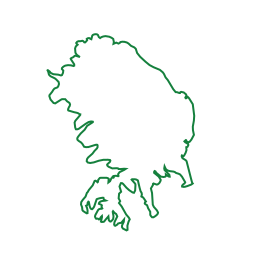 map outline of Iceland (orthographic projection), rotated 256°
{"feature_id": "ISL", "entity_name": "Iceland", "entity_type": "country or territory", "adm_level": 0, "iso_a3": "ISL", "parent_name": "Europe", "parent_adm1": "", "projection": "orthographic", "projection_center": [-19.868, 64.966], "detail": "fine", "context": "isolated", "style": "outline", "palette": "green", "viewbox_px": 256, "rotation_deg": 256, "n_neighbors": 0, "source": "natural_earth", "source_scale": "50m", "svg_char_len": 5126}
<svg xmlns="http://www.w3.org/2000/svg" viewBox="0 0 256 256"><g transform="rotate(256 128 128)"><path d="M187.4,71.7L189.5,71.8L192.6,70.0L193.9,69.0L197.0,65.3L198.9,64.2L202.0,64.2L203.4,63.9L203.5,64.2L201.7,65.7L200.2,66.3L198.3,68.5L196.6,73.3L195.2,75.7L195.3,76.7L197.3,78.3L199.4,79.1L201.2,78.1L202.1,78.4L202.9,79.6L203.4,80.9L203.7,82.2L203.5,85.0L202.6,87.8L201.3,90.2L201.5,90.9L202.8,91.2L208.6,89.2L209.2,89.2L209.6,90.0L209.8,91.3L210.2,92.5L210.9,93.6L210.8,94.7L208.5,98.5L211.4,96.0L213.7,95.2L218.0,95.9L219.8,97.1L221.0,99.3L222.4,98.4L223.0,98.3L224.0,99.6L224.2,100.9L223.7,103.0L223.7,104.8L223.0,105.7L221.7,106.3L221.4,107.0L222.1,108.3L223.1,109.6L224.4,109.5L224.7,110.2L224.8,110.9L224.7,111.8L224.4,112.5L223.7,112.9L223.0,113.9L226.3,115.7L226.8,116.5L227.0,117.7L226.9,119.0L226.5,120.4L225.6,121.3L223.3,121.7L222.0,122.7L222.6,124.2L222.8,126.1L222.6,128.4L221.1,131.9L219.5,133.9L218.0,135.2L214.9,135.1L213.2,134.3L213.7,137.2L212.2,139.2L212.6,140.7L213.2,141.4L213.1,143.3L212.5,145.3L211.3,147.5L209.9,148.9L207.0,150.8L204.7,153.6L203.0,154.7L198.6,155.0L194.2,157.0L188.1,161.0L183.9,164.1L180.8,167.5L176.7,173.0L173.5,175.3L171.6,176.0L168.0,176.7L164.9,178.2L154.7,181.3L151.3,182.9L150.9,184.2L149.5,186.3L149.4,187.0L150.1,187.5L150.2,188.3L149.0,190.7L146.5,192.5L145.2,192.5L143.7,191.0L143.1,191.1L142.8,191.3L142.8,191.8L143.7,193.5L142.2,194.4L135.4,196.6L123.8,195.2L119.2,193.7L113.6,191.2L110.2,190.5L105.4,190.3L101.5,186.8L99.8,184.6L99.6,183.7L99.8,182.7L100.3,182.0L100.9,181.6L102.1,181.5L102.3,181.2L101.4,179.5L100.4,180.0L97.9,182.5L96.8,182.4L95.3,181.1L95.3,179.9L92.4,179.4L90.0,177.9L87.6,175.7L87.2,174.9L88.4,173.7L88.2,173.5L87.3,173.2L85.5,173.6L82.8,176.2L81.6,176.8L63.9,176.9L59.4,177.0L58.5,177.4L57.8,175.6L57.3,171.6L57.2,169.0L57.4,167.7L58.1,166.3L59.0,166.6L59.9,167.8L60.6,169.5L61.5,170.4L67.7,168.6L70.3,167.3L71.4,166.0L72.7,163.8L74.0,162.7L74.7,161.6L76.0,158.2L76.9,156.6L78.0,155.4L79.2,154.7L81.9,154.2L80.1,153.4L78.4,153.3L72.6,156.8L70.7,156.7L70.8,156.2L71.6,155.2L73.7,153.5L72.3,153.3L71.8,152.5L71.8,150.8L72.9,148.1L77.7,144.6L79.3,144.1L79.8,143.4L79.2,142.8L78.2,142.5L73.5,146.0L70.0,147.2L69.0,146.9L67.3,145.4L66.8,144.7L66.1,143.1L66.2,142.1L68.0,139.3L67.7,138.7L66.6,138.4L63.8,135.6L59.1,135.6L47.6,133.5L45.2,134.0L41.1,136.1L38.7,136.7L37.6,136.1L36.7,134.9L35.9,133.2L35.2,131.1L35.6,129.7L37.2,128.9L38.3,128.6L41.4,129.3L45.3,128.1L47.8,127.9L48.5,127.8L50.0,126.3L50.7,126.0L51.8,126.5L52.3,127.6L56.2,126.2L57.6,125.4L57.7,125.0L58.3,124.4L60.2,125.4L61.8,125.5L63.7,124.9L67.1,124.8L74.7,124.9L75.9,123.7L76.5,122.5L77.3,119.6L77.0,119.0L72.2,121.5L71.1,121.5L65.6,119.8L63.7,118.1L64.4,116.8L67.4,114.1L70.5,112.0L75.0,109.7L76.0,108.8L76.2,107.7L73.3,105.6L67.8,105.9L66.5,103.5L62.0,101.9L58.9,102.7L57.4,101.1L53.3,102.9L44.5,105.3L40.9,107.1L39.0,107.6L37.0,105.9L33.4,103.8L29.3,102.9L29.0,101.8L31.7,98.7L33.4,98.2L35.0,98.7L38.0,101.2L40.2,102.0L37.6,98.5L37.8,97.2L37.7,95.2L36.9,94.3L36.2,92.1L36.6,91.4L37.7,91.2L39.9,92.1L44.8,96.2L47.4,95.7L48.9,94.4L50.9,93.4L50.4,92.9L45.9,92.6L43.5,91.7L42.4,90.5L41.4,88.6L41.9,87.7L43.2,87.1L47.0,87.6L44.6,84.2L43.0,82.2L42.9,81.3L43.1,80.2L43.3,79.5L43.7,79.1L48.0,81.3L48.9,81.4L48.1,80.1L46.3,78.3L46.3,77.6L47.1,77.1L47.6,76.1L47.6,75.2L49.0,74.6L50.3,74.6L51.6,75.4L55.6,79.1L56.2,80.1L56.3,81.4L56.0,83.0L56.2,83.6L57.8,83.2L59.1,83.9L59.8,83.7L61.5,81.4L62.6,82.0L63.2,83.2L63.4,84.2L63.4,85.6L63.0,88.5L63.0,88.9L64.3,87.3L66.2,87.3L66.5,86.5L66.7,83.4L66.6,80.8L66.4,80.3L60.3,76.4L59.2,75.5L57.9,73.7L58.2,72.8L59.5,72.1L61.4,71.9L65.7,72.1L66.1,71.7L65.3,70.8L63.4,70.1L62.9,69.5L62.7,68.5L60.3,68.9L57.7,68.8L55.2,68.1L55.2,67.3L56.3,66.2L58.4,64.3L59.4,63.9L62.3,64.3L65.1,63.9L67.4,64.7L69.2,66.7L71.7,70.2L75.1,72.5L75.4,73.2L77.3,75.0L80.9,79.9L84.7,82.8L84.8,83.5L84.2,84.3L82.7,85.3L83.0,85.8L84.9,86.6L86.3,88.5L86.3,89.3L84.9,95.1L84.2,96.3L83.4,97.0L79.9,95.8L80.7,97.7L83.2,99.7L83.7,100.8L83.3,101.9L83.6,102.2L84.6,101.6L84.9,102.2L84.7,104.0L84.3,105.5L83.6,106.7L83.8,107.2L84.8,107.1L85.8,107.4L87.2,109.1L88.3,114.2L88.9,115.9L89.4,114.4L90.0,110.7L90.5,108.9L91.0,108.8L91.4,108.2L91.8,107.0L92.6,103.0L95.0,99.9L96.2,99.0L97.3,98.8L97.8,99.2L99.6,102.4L100.7,103.0L101.3,102.8L102.1,100.6L103.1,96.4L103.3,91.7L102.9,86.5L103.2,82.8L104.3,80.6L105.8,79.9L107.7,80.7L109.0,82.1L111.7,87.3L113.9,90.0L115.7,92.9L116.7,93.8L118.6,94.3L119.1,94.1L119.4,93.4L119.5,92.3L119.1,84.9L119.6,82.6L120.4,80.9L123.6,79.9L125.4,78.9L127.2,77.2L128.6,76.2L129.7,76.1L130.9,76.7L132.2,78.2L134.2,80.9L136.8,85.5L140.0,88.9L141.8,94.3L142.2,95.3L142.6,95.4L143.0,94.6L143.3,93.6L143.3,91.2L142.3,87.9L139.1,79.9L139.0,78.3L139.4,77.1L141.4,76.9L146.2,77.5L147.8,78.7L151.3,83.6L152.2,84.8L152.8,85.0L153.0,84.4L154.2,83.4L155.0,82.3L156.4,79.5L159.4,74.4L160.0,74.2L161.0,74.6L162.6,75.8L163.5,76.8L165.0,77.5L166.6,77.2L168.7,75.3L171.1,74.1L171.8,71.6L171.9,70.5L169.5,63.3L170.3,61.8L174.4,59.7L178.0,59.4L178.9,59.8L181.5,63.2L183.2,64.9L184.1,66.3L184.5,69.4L185.5,70.5L187.4,71.7Z" fill="none" stroke="#15803d" stroke-width="2"/></g></svg>